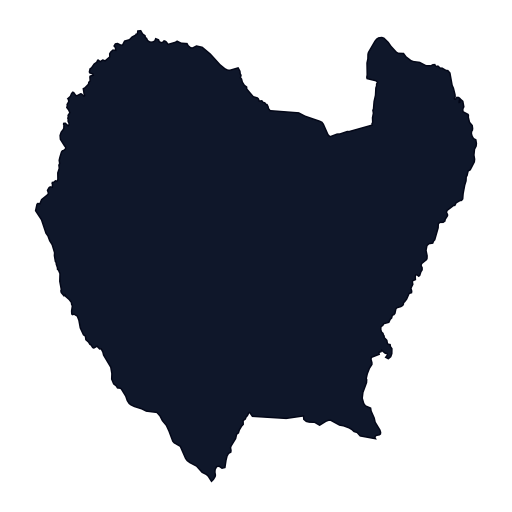 outline of Chiuta, Tete, Mozambique
{"feature_id": "85939544B4853369515096", "entity_name": "Chiuta", "entity_type": "district", "adm_level": 2, "iso_a3": "MOZ", "parent_name": "Mozambique", "parent_adm1": "Tete", "projection": "equal_earth", "projection_center": [33.513, -15.51], "detail": "fine", "context": "isolated", "style": "filled", "palette": "ink", "viewbox_px": 512, "rotation_deg": 0, "n_neighbors": 0, "source": "geoboundaries", "source_scale": "gbopen_adm2", "svg_char_len": 5844}
<svg xmlns="http://www.w3.org/2000/svg" viewBox="0 0 512 512"><path d="M111.7,379.1L113.7,383.9L116.3,385.9L117.5,387.9L120.3,388.2L121.3,388.9L125.8,396.2L127.3,400.6L129.2,403.5L130.9,404.8L134.4,406.5L141.7,408.8L146.3,411.1L156.9,412.4L160.0,415.9L162.4,420.6L166.4,425.4L169.1,431.3L172.8,441.2L174.2,442.8L180.3,446.3L185.6,458.4L187.2,460.6L189.9,462.6L196.6,466.1L202.1,472.3L206.3,474.4L208.2,476.1L211.5,481.3L213.4,479.4L215.1,476.6L215.4,475.1L214.9,472.2L215.1,469.5L216.6,466.6L219.1,466.2L222.0,468.2L224.9,467.5L226.0,460.2L227.0,456.1L228.5,453.4L230.8,452.1L231.0,450.4L230.5,447.7L231.1,445.9L235.6,438.6L236.6,434.2L238.4,432.9L239.3,430.0L241.6,426.1L243.2,424.4L243.1,420.6L245.3,419.0L246.0,417.1L247.4,415.6L248.7,412.9L249.7,412.4L252.4,416.3L286.2,418.4L303.5,415.9L303.8,419.3L306.3,421.4L309.2,422.1L314.7,422.3L319.6,425.2L326.0,421.2L328.4,420.3L330.6,420.2L339.6,425.1L343.6,425.8L349.2,427.9L352.0,429.6L354.0,431.5L357.2,432.5L360.2,435.9L375.5,438.7L374.8,437.3L375.3,436.2L376.3,435.4L379.3,434.8L380.4,434.0L380.6,432.4L379.9,430.1L375.1,422.2L374.2,418.1L371.1,411.1L370.6,408.1L365.4,405.9L363.7,403.5L362.2,398.2L362.9,392.4L366.5,382.6L366.7,379.7L366.2,378.5L367.3,373.7L369.4,368.3L371.9,364.4L371.9,362.7L370.9,359.0L371.5,357.3L379.2,354.3L378.9,353.3L379.3,352.1L380.9,351.8L381.7,350.3L385.3,353.3L387.0,353.4L387.5,354.9L385.7,357.3L388.3,358.7L390.7,356.7L391.8,353.6L391.9,348.7L390.4,346.6L390.1,344.6L388.1,344.2L387.4,343.5L386.8,340.3L384.2,337.6L384.1,336.0L383.2,334.6L383.0,333.4L381.6,332.2L380.8,329.9L380.8,327.5L381.2,326.4L382.7,325.5L383.7,323.7L388.8,322.3L390.2,319.3L391.6,318.0L392.3,315.2L393.8,314.7L394.9,313.4L395.9,308.7L397.0,307.7L400.8,306.6L402.7,305.4L403.4,304.1L403.5,302.4L404.4,302.0L406.6,299.1L409.1,293.4L411.5,292.7L411.7,291.2L410.9,288.2L412.8,284.3L412.3,281.5L413.0,280.6L415.4,279.6L415.2,276.6L415.7,274.9L417.0,274.8L418.7,276.2L419.7,275.4L420.9,271.7L422.1,269.9L422.1,267.7L421.2,266.0L421.1,264.7L421.9,263.3L426.5,259.6L427.0,258.4L427.1,255.8L426.0,250.4L426.9,245.6L428.9,243.7L432.7,243.1L433.5,241.1L434.7,239.8L438.1,227.9L438.3,223.9L439.7,222.4L443.1,222.3L444.9,221.0L445.1,219.5L447.5,215.7L447.5,214.6L446.4,212.3L447.1,210.4L453.5,205.5L454.8,205.4L456.1,202.8L459.9,200.6L461.5,200.4L462.7,198.9L463.1,193.7L464.7,185.1L466.0,180.9L466.2,176.7L467.0,175.7L468.1,171.0L470.2,169.8L474.3,161.9L474.6,159.2L473.9,155.1L474.5,149.2L476.1,146.1L476.4,143.5L475.8,139.8L473.5,138.6L472.1,136.2L471.4,133.8L471.5,131.6L472.4,130.1L472.6,128.5L472.2,125.5L469.5,122.3L468.3,117.3L468.4,115.2L468.0,114.4L462.9,111.7L462.8,108.9L463.8,106.8L462.8,101.3L461.0,99.7L459.9,101.0L459.9,102.3L459.1,102.5L458.9,101.7L460.0,98.6L458.6,97.5L456.8,97.4L455.5,99.3L454.5,99.2L454.3,98.3L455.1,96.7L455.0,94.7L453.4,88.2L452.1,85.3L449.9,73.0L447.8,70.6L445.9,70.4L442.0,68.1L440.4,68.3L437.9,66.1L436.5,66.5L435.4,65.9L434.8,64.6L433.0,64.7L430.9,65.8L425.9,65.7L419.6,62.4L413.4,61.6L411.0,60.7L406.0,56.9L403.5,53.5L398.2,53.3L396.4,52.3L390.9,46.3L388.2,42.4L383.9,38.2L381.8,37.5L378.6,37.9L376.7,39.1L375.0,41.2L368.5,52.4L368.0,54.2L367.9,58.8L367.0,63.0L367.2,74.9L366.8,77.2L367.1,78.6L375.8,80.7L377.7,82.1L376.6,84.0L376.6,85.9L375.9,87.9L375.5,95.3L374.1,101.5L373.5,108.9L372.9,110.3L373.4,113.2L372.5,117.8L372.7,122.4L372.0,123.7L372.2,125.1L349.1,131.6L347.3,131.5L339.9,134.0L337.1,134.1L330.5,136.6L329.5,136.3L327.9,134.6L323.3,124.2L321.9,122.3L319.6,121.2L305.0,116.2L298.7,112.9L270.1,110.7L268.4,108.5L268.1,106.8L267.0,104.6L266.1,104.5L264.7,102.8L263.0,102.4L261.8,100.8L259.3,101.1L258.2,98.7L257.3,97.9L253.2,96.7L246.7,89.0L246.6,87.0L244.3,85.3L242.3,82.1L241.5,79.0L240.4,77.8L241.0,75.2L240.2,73.9L239.9,71.2L238.1,67.9L229.8,70.3L227.7,70.2L224.9,68.8L219.9,64.7L210.3,54.1L202.2,47.3L196.5,46.0L192.6,48.0L190.6,47.8L188.1,45.7L187.0,43.6L181.1,43.2L177.1,41.2L175.4,42.3L168.1,44.4L166.2,41.9L164.8,41.0L164.0,40.9L162.9,42.2L161.5,42.7L159.3,41.8L158.5,39.8L155.7,38.7L154.9,40.8L154.1,41.4L152.1,42.2L149.7,42.0L147.5,40.5L146.5,38.3L145.3,37.6L145.0,35.7L142.6,34.0L140.7,30.7L137.8,31.0L137.5,33.8L136.1,34.2L135.7,35.1L132.1,37.0L129.5,39.7L124.6,41.1L122.6,45.0L120.9,45.2L117.5,43.5L115.4,43.9L114.1,46.0L115.4,47.5L115.8,50.4L112.9,50.1L110.7,52.1L109.7,53.8L109.8,56.9L105.1,60.9L102.8,60.0L100.1,61.7L98.3,60.1L97.7,60.2L96.7,62.3L94.2,64.0L91.5,67.9L90.1,68.8L89.4,71.8L89.7,72.8L92.8,73.9L93.3,75.2L90.2,76.1L89.9,76.9L90.2,80.8L88.8,82.3L88.5,84.2L84.9,87.9L83.3,88.7L84.1,93.9L84.7,95.2L84.5,95.9L83.7,96.1L81.5,94.0L80.7,93.8L77.5,95.5L75.9,95.7L73.7,92.6L72.8,92.2L71.6,93.5L70.4,96.4L67.8,98.7L68.4,99.4L68.8,101.5L67.1,104.5L67.3,105.8L66.8,107.5L68.7,110.0L69.9,112.7L68.1,115.3L68.3,116.9L67.8,118.2L68.2,118.8L68.1,121.2L69.1,123.5L69.1,124.6L68.1,125.8L65.2,123.2L63.7,123.4L63.6,124.4L64.2,126.2L63.8,126.7L63.9,127.9L63.4,129.3L61.2,132.2L60.1,135.5L60.4,139.3L64.7,146.1L65.4,146.6L65.7,148.0L65.2,149.3L63.3,150.7L62.4,150.8L61.5,152.0L59.9,157.3L59.2,160.3L59.7,163.5L58.9,165.1L59.3,168.3L57.8,172.9L57.9,179.5L56.8,181.4L55.5,180.8L53.6,182.4L52.4,182.4L52.1,183.4L52.5,184.5L52.3,187.3L50.2,186.9L49.1,187.6L47.5,190.3L48.4,193.0L48.0,194.4L41.6,199.6L39.9,203.8L37.8,203.5L37.0,204.3L35.6,210.7L41.5,219.7L46.0,233.2L48.0,236.0L49.7,240.7L52.2,244.7L54.6,252.7L54.4,255.6L55.4,261.5L56.3,262.7L56.2,263.9L57.5,267.8L57.5,269.3L58.5,270.1L60.0,273.6L59.8,281.3L61.3,289.4L60.9,290.9L61.3,292.6L64.0,295.8L64.9,294.7L65.7,296.4L69.2,299.5L71.4,302.4L71.7,304.7L72.4,305.7L71.6,311.0L71.8,314.0L72.4,314.6L74.2,314.2L77.3,316.1L78.9,320.2L80.3,327.9L83.5,334.8L85.4,336.1L85.9,339.7L88.6,342.1L89.9,344.3L91.1,345.0L92.7,347.5L93.8,348.0L97.0,346.2L99.7,349.0L101.2,348.8L102.9,352.1L103.6,355.1L110.8,367.2L111.9,373.7L111.7,379.1Z" fill="#0f172a" stroke="#020617" stroke-width="1.5"/></svg>